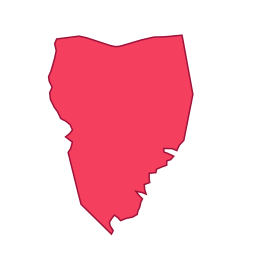 Terezinha, Pernambuco, Brazil, rotated 79°
{"feature_id": "56859067B64168631731384", "entity_name": "Terezinha", "entity_type": "district", "adm_level": 2, "iso_a3": "BRA", "parent_name": "Brazil", "parent_adm1": "Pernambuco", "projection": "robinson", "projection_center": [-36.613, -9.073], "detail": "fine", "context": "isolated", "style": "filled", "palette": "rose", "viewbox_px": 256, "rotation_deg": 79, "n_neighbors": 0, "source": "geoboundaries", "source_scale": "gbopen_adm2", "svg_char_len": 1052}
<svg xmlns="http://www.w3.org/2000/svg" viewBox="0 0 256 256"><g transform="rotate(79 128 128)"><path d="M229.0,164.5L225.9,162.1L220.6,164.2L216.9,164.2L213.8,161.3L210.9,158.0L214.0,155.1L217.5,153.0L216.4,147.1L216.3,140.4L214.6,135.5L211.1,134.0L208.1,131.7L203.2,129.5L200.3,127.3L196.3,130.0L191.6,132.3L194.2,126.1L196.4,122.8L191.6,123.4L186.6,122.8L185.7,117.1L181.9,116.9L176.5,115.9L177.1,109.2L173.9,107.8L172.7,102.5L171.9,97.1L167.7,96.2L167.2,92.1L164.4,88.5L160.8,93.4L158.4,97.3L154.9,96.9L156.7,88.5L159.5,84.4L154.6,80.9L150.8,75.6L107.4,57.9L52.8,57.3L47.2,57.3L45.5,74.5L43.7,85.2L44.1,97.8L44.8,105.2L46.0,117.5L46.2,121.7L45.5,125.5L43.5,130.0L31.4,151.7L28.5,158.5L27.0,181.0L31.2,183.9L38.5,183.7L45.3,186.6L51.0,189.4L57.7,192.9L62.5,196.2L67.0,196.4L73.5,194.7L78.4,198.1L85.0,198.7L93.6,196.4L98.4,194.1L102.2,193.1L105.9,192.2L109.4,187.8L113.6,184.2L119.3,182.9L122.4,186.4L124.8,191.0L131.2,185.3L137.3,188.2L140.5,191.4L179.5,189.5L194.0,188.6L229.0,164.5Z" fill="#f43f5e" stroke="#9f1239" stroke-width="1.5"/></g></svg>